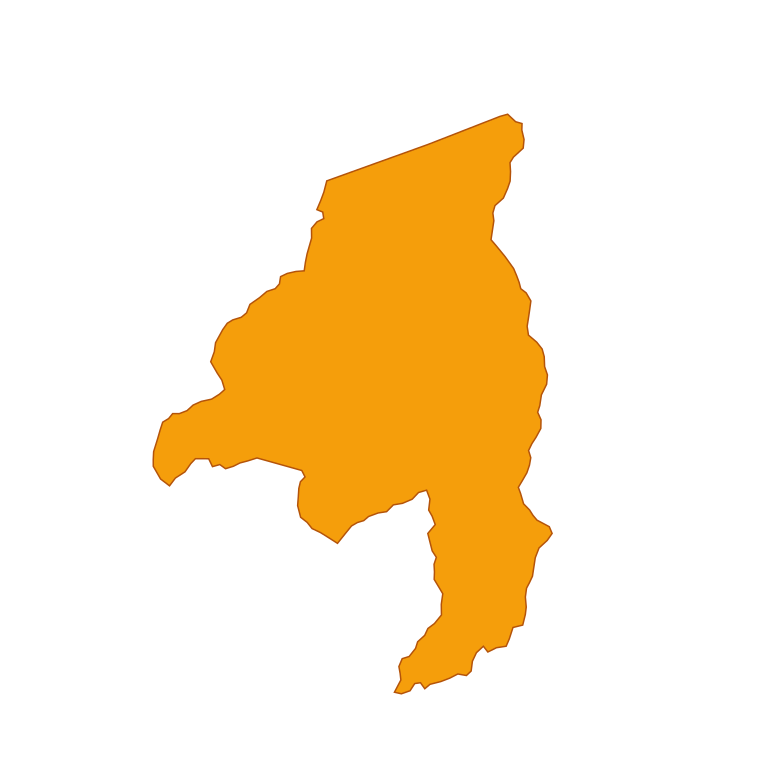 outline of Estrela do Norte, Goiás, Brazil, rotated 196°
{"feature_id": "56859067B35338978150564", "entity_name": "Estrela do Norte", "entity_type": "district", "adm_level": 2, "iso_a3": "BRA", "parent_name": "Brazil", "parent_adm1": "Goiás", "projection": "robinson", "projection_center": [-49.092, -13.811], "detail": "fine", "context": "isolated", "style": "filled", "palette": "amber", "viewbox_px": 768, "rotation_deg": 196, "n_neighbors": 0, "source": "geoboundaries", "source_scale": "gbopen_adm2", "svg_char_len": 2544}
<svg xmlns="http://www.w3.org/2000/svg" viewBox="0 0 768 768"><g transform="rotate(196 384 384)"><path d="M562.1,227.0L558.6,236.1L551.1,244.7L547.8,254.2L544.7,260.2L538.5,262.0L531.9,263.8L526.1,257.3L519.6,261.3L513.0,258.9L506.1,263.4L500.7,268.4L493.8,272.5L485.7,277.9L439.2,278.2L434.3,272.9L437.4,267.0L437.1,260.2L435.3,252.0L433.5,243.3L427.4,232.9L419.7,229.8L413.3,225.2L404.2,223.7L393.1,220.5L384.8,218.0L379.7,230.2L376.1,238.6L371.4,243.5L365.8,247.1L362.3,252.4L354.1,258.4L346.3,262.0L341.7,270.4L333.3,274.4L325.1,281.1L320.9,289.2L313.8,293.7L308.1,286.0L306.3,275.1L301.3,270.2L296.0,263.0L300.7,252.4L295.2,242.9L291.7,236.9L285.9,231.8L286.2,224.5L283.7,217.3L281.9,210.0L275.0,203.6L269.7,198.6L268.2,188.0L265.1,177.8L269.5,167.6L274.4,161.1L275.6,153.6L280.6,145.5L280.8,138.5L284.7,129.0L290.8,125.0L291.8,116.5L288.7,110.2L286.2,104.1L289.0,90.6L281.9,91.0L274.4,96.3L271.9,104.5L266.6,106.9L260.8,102.3L257.0,108.0L247.4,113.6L239.7,119.4L233.1,125.6L224.4,126.5L221.1,132.1L222.6,141.9L221.1,151.2L216.2,159.3L210.3,155.0L203.2,161.5L194.3,165.6L193.3,173.5L192.9,185.5L184.2,190.5L184.6,201.4L185.8,208.8L189.4,218.2L190.7,227.0L189.4,233.3L188.3,240.1L190.7,258.7L189.8,269.1L184.0,278.6L181.2,286.7L185.8,292.4L191.9,293.7L199.4,295.3L204.6,298.8L209.3,303.0L216.8,307.3L222.6,316.5L226.4,321.7L224.4,329.2L222.2,338.0L221.8,346.1L222.6,353.6L226.7,359.9L225.4,367.4L223.2,374.6L221.0,384.5L223.2,392.9L228.5,399.2L228.3,406.0L229.7,417.0L227.6,428.6L229.4,437.8L234.4,445.0L237.5,454.4L241.6,461.2L248.7,466.3L258.6,470.8L262.3,478.9L263.2,486.3L264.2,493.8L265.7,504.3L272.5,510.8L278.8,513.3L282.1,518.9L286.3,524.6L291.2,530.7L302.7,539.8L313.8,547.5L320.9,552.2L323.4,571.2L326.5,578.4L326.5,586.1L320.5,595.6L319.1,605.9L318.7,613.8L320.9,623.0L323.9,631.5L322.1,637.8L315.2,649.1L316.8,657.7L321.5,666.1L323.1,672.4L329.8,672.4L339.5,677.4L346.3,673.2L408.0,626.2L495.0,563.5L494.7,551.9L495.4,542.9L496.6,533.1L490.3,532.4L487.5,526.4L493.1,521.4L496.6,513.6L493.8,504.3L493.8,494.5L493.8,488.0L493.1,479.4L491.9,470.8L499.7,467.9L507.5,463.6L513.0,458.7L512.1,451.4L514.9,445.6L522.1,440.7L527.5,432.6L534.8,423.6L535.7,414.5L539.6,408.8L547.1,403.9L551.4,399.2L554.0,391.8L557.3,377.3L556.0,368.2L556.7,357.6L547.4,348.6L540.9,343.0L535.6,334.8L539.4,328.8L545.6,321.9L554.9,316.9L561.7,311.1L566.0,304.1L572.6,299.1L579.0,297.3L581.5,291.4L586.2,286.3L586.5,278.3L586.5,269.5L586.8,255.5L585.0,247.8L583.1,241.3L572.6,231.1L562.1,227.0Z" fill="#f59e0b" stroke="#b45309" stroke-width="1.5"/></g></svg>